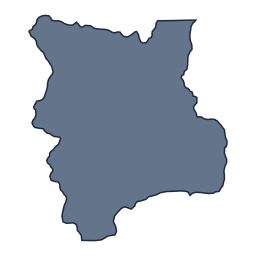 the district of Ramla, HaMerkaz, Israel
{"feature_id": "584046B58948260517771", "entity_name": "Ramla", "entity_type": "district", "adm_level": 2, "iso_a3": "ISR", "parent_name": "Israel", "parent_adm1": "HaMerkaz", "projection": "albers", "projection_center": [34.923, 31.918], "detail": "fine", "context": "isolated", "style": "filled", "palette": "slate", "viewbox_px": 256, "rotation_deg": 0, "n_neighbors": 0, "source": "geoboundaries", "source_scale": "gbopen_adm2", "svg_char_len": 3202}
<svg xmlns="http://www.w3.org/2000/svg" viewBox="0 0 256 256"><path d="M190.0,195.4L190.3,195.1L192.9,193.0L196.0,192.3L200.4,192.5L203.9,193.0L208.7,193.5L213.5,193.2L215.1,192.0L219.0,191.4L220.4,189.1L221.4,187.4L222.8,185.8L223.3,183.0L224.4,179.4L224.4,175.4L223.9,171.3L224.8,166.7L226.5,163.0L226.7,161.5L226.5,158.7L225.5,156.5L224.4,153.1L224.7,147.4L225.9,147.1L226.9,144.5L227.0,141.0L225.7,138.0L225.2,136.2L224.9,133.6L224.4,129.9L222.6,127.4L221.4,125.8L220.8,125.0L219.0,123.1L217.3,121.0L215.7,120.1L214.5,119.4L211.5,119.1L208.1,119.5L205.3,119.2L203.5,118.4L201.9,117.3L201.0,116.9L199.4,116.9L198.3,116.9L197.0,116.5L196.4,114.0L195.8,112.4L194.8,110.9L193.7,108.7L193.6,106.9L195.0,104.8L195.9,103.9L196.9,102.9L196.8,101.3L196.9,97.5L195.2,96.5L193.1,96.1L192.6,93.7L192.1,92.1L190.0,91.1L189.4,90.2L188.1,88.4L186.3,88.0L184.4,85.9L184.1,83.1L183.6,81.8L183.3,80.5L181.7,78.6L181.1,77.8L182.0,75.3L183.7,74.8L184.0,72.5L185.1,70.5L186.8,69.5L187.4,66.5L187.8,61.7L187.9,57.0L188.6,54.7L190.1,51.6L191.5,50.1L192.0,49.1L191.8,45.0L190.3,40.4L189.9,37.8L190.0,33.7L190.6,30.2L191.1,26.2L192.8,23.3L193.8,22.3L195.3,20.9L195.8,20.1L187.3,20.2L170.5,20.6L162.0,20.7L157.8,20.7L156.1,23.1L156.0,25.2L155.5,27.7L153.8,29.5L152.1,31.9L152.1,35.4L151.1,37.5L149.0,38.4L147.5,41.0L146.1,42.7L143.0,43.1L140.6,41.6L139.2,38.0L138.4,34.5L136.6,31.5L135.0,31.9L131.8,34.4L130.8,35.2L127.9,36.8L126.4,36.9L123.8,36.4L121.4,34.2L120.2,32.2L118.0,31.9L114.4,32.8L111.9,32.2L110.3,31.1L108.3,30.1L104.5,29.3L100.6,29.2L97.7,28.9L94.0,28.2L92.9,27.3L90.5,25.7L85.0,25.4L82.2,27.3L80.4,26.6L77.7,23.5L76.4,22.2L75.9,22.7L72.5,25.2L68.2,24.9L64.4,23.6L61.4,21.7L58.5,20.8L54.8,20.9L51.7,20.1L50.9,18.2L48.9,15.8L44.9,15.4L41.8,16.0L38.9,17.4L37.2,19.4L36.4,22.6L35.6,24.6L33.1,26.5L32.4,29.1L29.4,30.8L29.0,31.8L30.0,33.3L30.9,35.9L34.7,38.6L36.1,40.9L36.8,44.3L37.8,46.7L39.5,48.6L41.5,51.0L43.4,52.5L44.4,54.7L46.1,58.6L48.3,61.0L49.5,63.0L51.7,66.5L53.1,71.7L52.4,74.1L50.5,76.3L48.4,79.8L47.6,83.4L47.4,87.0L46.3,91.1L45.1,94.4L44.1,97.4L42.4,99.5L40.1,100.5L36.8,101.1L35.1,104.1L33.6,107.3L34.3,108.9L35.6,109.9L35.9,112.6L35.9,115.5L34.7,118.2L33.1,120.1L32.0,122.9L33.3,125.7L34.6,127.4L40.2,128.4L43.3,128.8L44.7,131.0L47.3,133.2L49.4,133.4L52.5,135.7L54.9,136.6L59.3,137.1L60.7,138.4L59.7,140.9L59.6,141.4L58.4,144.4L55.1,147.1L53.3,149.6L50.8,151.6L49.8,152.8L49.4,156.4L47.9,157.9L46.7,160.6L47.7,163.1L50.0,165.0L50.7,166.7L52.4,168.6L52.9,171.0L50.9,173.3L49.9,176.4L51.1,180.3L54.7,181.5L58.5,182.0L59.8,184.5L59.9,187.5L60.6,190.1L62.1,191.2L63.9,194.2L66.0,196.3L66.6,199.0L65.8,202.2L65.0,203.7L64.0,206.3L62.8,211.4L61.9,216.3L63.2,222.0L66.7,223.3L70.1,223.0L73.2,222.9L76.2,224.4L77.3,227.6L77.3,230.2L79.6,233.0L81.3,235.4L81.8,240.4L95.0,240.6L101.7,239.8L104.7,238.0L107.7,236.1L111.1,235.5L115.0,234.8L116.5,231.5L115.6,226.3L114.5,224.0L113.3,221.3L114.7,215.8L116.9,213.1L119.9,209.9L121.4,208.4L124.4,206.9L127.6,207.7L131.1,209.1L134.7,206.1L135.3,203.8L137.1,201.6L140.9,200.9L145.9,199.3L148.5,196.8L151.8,196.0L156.4,194.8L160.4,192.7L166.8,191.5L172.8,191.3L180.6,190.9L185.2,191.2L188.0,192.0L190.0,195.4Z" fill="#64748b" stroke="#1e293b" stroke-width="1.5"/></svg>